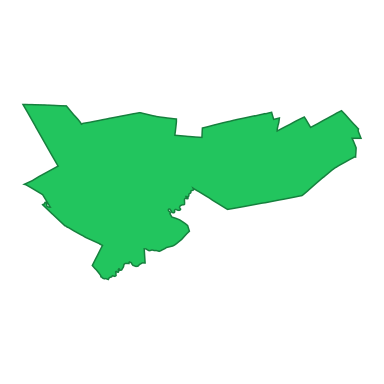 Deta, Timis, Romania
{"feature_id": "2599482B38114576431815", "entity_name": "Deta", "entity_type": "district", "adm_level": 2, "iso_a3": "ROU", "parent_name": "Romania", "parent_adm1": "Timis", "projection": "natural_earth1", "projection_center": [21.242, 45.402], "detail": "fine", "context": "isolated", "style": "filled", "palette": "green", "viewbox_px": 384, "rotation_deg": 0, "n_neighbors": 0, "source": "geoboundaries", "source_scale": "gbopen_adm2", "svg_char_len": 5964}
<svg xmlns="http://www.w3.org/2000/svg" viewBox="0 0 384 384"><path d="M301.9,195.6L303.3,194.6L307.7,190.9L308.6,190.0L309.4,189.3L311.9,187.1L317.0,182.6L318.9,181.0L321.1,179.1L322.6,177.7L322.7,177.8L323.2,177.3L323.6,177.2L324.7,176.2L330.9,171.0L332.6,169.6L333.1,169.3L334.8,168.0L336.2,167.2L336.3,167.2L337.5,166.4L339.3,165.3L343.5,163.0L345.0,162.2L349.9,159.4L352.8,157.9L354.4,157.0L355.6,157.1L355.6,156.2L355.9,152.1L356.1,148.1L356.1,147.8L355.8,147.0L354.8,144.6L353.6,141.6L352.1,138.3L357.3,138.3L361.0,138.3L359.7,135.0L358.6,132.2L358.3,131.4L358.2,131.2L358.2,130.8L358.2,130.4L358.2,129.7L358.3,129.3L358.5,129.0L357.3,127.8L355.9,126.2L353.6,123.9L350.5,120.5L347.5,117.1L345.3,114.6L341.5,110.7L338.3,112.3L336.8,113.0L335.0,114.1L333.1,115.2L329.9,116.9L327.4,118.3L323.4,120.4L319.9,122.4L317.8,123.6L316.1,124.5L312.7,126.3L311.4,127.0L310.6,127.4L307.2,121.7L306.0,119.6L304.3,117.0L300.9,118.6L296.0,121.0L293.8,122.2L290.1,124.3L285.9,126.4L281.1,128.9L277.2,131.0L277.2,129.2L277.8,126.4L278.0,125.3L278.2,124.7L278.4,124.1L278.8,122.4L279.4,118.0L275.8,118.9L273.7,119.4L272.5,115.5L271.6,112.3L271.3,112.4L269.0,112.9L266.0,113.7L264.3,113.7L263.4,114.0L260.7,114.6L255.7,115.8L254.8,116.0L254.7,115.8L252.2,116.3L251.8,116.4L244.9,117.9L242.0,118.5L237.0,119.5L235.0,120.0L233.5,120.3L232.1,120.7L229.0,121.5L228.5,121.5L226.4,122.0L223.3,122.7L218.6,123.9L216.2,124.5L214.5,124.9L207.5,126.8L204.6,127.5L202.4,128.0L202.2,131.5L202.1,133.9L202.0,135.9L201.9,137.4L196.3,137.1L190.5,136.6L187.3,136.4L185.8,136.2L181.1,135.8L177.8,135.5L174.9,135.3L175.0,133.6L175.3,131.8L176.2,123.9L176.4,121.8L176.4,119.0L174.3,118.8L171.0,118.4L167.3,118.0L164.7,117.6L160.4,117.1L156.3,116.5L155.4,116.2L152.7,115.7L146.9,114.3L142.2,113.2L140.8,112.8L139.5,112.7L134.7,113.6L134.2,113.6L131.7,114.1L126.2,115.2L122.9,115.8L119.7,116.4L118.4,116.7L117.2,116.9L116.2,117.1L113.0,117.7L111.3,118.0L109.6,118.3L109.4,118.3L107.9,118.7L105.5,119.2L103.1,119.6L100.8,120.1L97.9,120.7L94.6,121.3L92.6,121.7L89.8,122.3L88.4,122.5L82.9,123.4L81.4,124.2L80.8,123.1L80.4,122.5L79.5,121.3L77.9,119.3L76.2,117.4L74.8,115.9L73.9,115.0L70.3,110.7L68.1,108.0L67.0,106.7L66.6,106.2L66.3,105.9L61.9,105.8L59.3,105.7L55.6,105.5L54.1,105.4L51.2,105.3L50.0,105.2L46.3,105.1L45.9,105.1L45.7,105.0L40.9,104.9L37.1,104.8L33.1,104.7L32.2,104.6L30.5,104.6L29.3,104.6L29.1,104.6L28.7,104.6L28.4,104.6L26.0,104.5L24.3,104.5L23.0,104.5L23.8,105.9L27.3,111.9L35.8,126.9L35.8,127.1L36.7,128.6L42.1,138.1L48.1,148.7L51.0,153.8L58.1,166.1L45.5,173.0L39.2,176.4L34.3,179.4L32.4,180.6L24.3,184.3L26.0,184.8L30.9,187.6L42.6,194.6L43.1,195.4L49.0,205.1L50.3,207.2L49.6,207.2L48.7,207.1L47.8,206.8L47.4,206.6L47.1,206.4L46.9,206.0L46.7,205.6L46.7,205.4L46.7,205.1L46.7,204.6L46.7,204.1L46.6,203.5L46.3,202.8L45.9,202.4L45.2,202.3L44.9,202.6L44.8,203.0L44.8,203.3L44.6,203.7L44.3,203.9L43.9,204.1L43.6,204.2L42.9,204.5L42.6,204.7L51.2,212.9L51.7,213.5L52.3,213.9L57.8,219.1L64.9,225.8L65.3,225.8L65.9,226.1L67.0,227.0L67.5,227.3L68.1,227.4L68.4,227.5L72.3,229.9L74.3,231.1L81.4,235.0L82.7,235.6L84.9,237.0L85.6,237.4L100.2,244.0L100.1,244.3L102.5,245.4L99.4,251.5L97.5,255.3L95.6,258.9L92.3,265.5L93.3,266.6L94.8,268.4L96.3,269.8L100.1,274.6L100.8,275.8L100.9,276.8L101.5,277.0L102.0,277.4L102.4,277.9L103.4,278.5L104.6,278.8L105.1,278.6L105.6,278.6L106.1,278.7L108.3,279.5L109.2,277.8L109.9,277.4L111.6,276.9L112.2,276.1L112.4,275.7L114.3,276.3L114.9,276.3L115.9,275.7L116.1,275.3L115.9,274.5L115.9,274.0L116.0,273.2L115.8,272.5L115.7,271.8L115.8,271.6L116.2,271.4L116.7,271.6L117.1,271.9L117.6,272.2L118.3,272.2L118.7,271.3L118.7,270.8L118.3,269.9L118.3,269.6L118.5,269.2L118.9,268.7L119.1,268.7L119.6,269.7L120.0,270.3L121.6,270.0L121.9,269.5L123.5,266.8L123.7,265.8L123.9,264.7L124.0,264.4L124.3,264.1L124.7,263.8L125.5,263.4L129.0,263.5L129.0,263.1L129.0,262.5L129.2,262.2L129.5,261.9L131.4,262.8L131.6,263.6L132.9,265.3L133.2,265.5L133.9,265.6L135.4,266.3L136.4,266.4L137.3,266.3L138.2,266.0L139.5,264.5L142.0,263.1L142.6,262.8L144.2,263.0L145.1,263.0L144.2,248.8L144.5,248.8L145.1,248.8L146.1,249.0L146.6,249.3L147.2,249.7L147.9,250.1L148.5,250.4L149.1,250.7L150.4,250.5L151.3,250.2L151.8,250.0L152.2,250.0L154.1,250.5L155.0,250.6L155.9,250.5L156.6,250.6L157.4,250.8L158.3,251.1L159.4,251.3L161.6,250.3L161.9,250.1L162.2,249.8L162.7,249.7L163.0,249.5L164.9,248.6L166.5,247.5L172.7,246.0L173.9,245.4L174.9,244.8L176.7,243.5L178.7,241.8L181.7,239.4L184.7,236.0L185.9,234.7L186.7,233.8L189.4,231.2L187.6,225.5L186.2,224.4L185.7,223.9L183.8,222.6L179.9,220.0L180.0,220.0L175.8,218.3L172.3,217.2L171.8,217.0L170.9,215.4L169.9,213.7L170.4,213.1L169.9,212.0L169.2,211.4L168.8,211.2L168.5,210.7L168.3,210.1L168.3,209.8L168.6,209.3L168.8,209.1L169.3,209.0L169.8,209.1L170.1,209.3L170.8,210.4L171.4,211.3L171.7,212.1L172.4,212.6L173.6,212.8L174.4,212.5L174.7,211.6L174.5,210.8L174.5,210.4L174.6,210.1L175.0,209.7L175.4,209.5L175.7,209.4L176.4,209.6L177.2,210.0L178.1,210.3L179.4,210.3L180.3,209.8L180.6,209.1L179.9,208.2L179.6,207.6L179.5,207.3L179.6,206.9L180.0,206.2L180.4,205.7L180.8,205.5L181.4,205.2L182.0,205.0L182.5,204.8L183.4,204.8L184.3,204.5L184.6,204.0L184.5,203.2L184.6,202.5L184.5,202.0L184.5,200.8L184.4,200.5L184.5,200.1L184.5,199.7L184.5,199.1L184.7,198.8L185.1,198.5L185.6,198.4L186.0,198.3L187.0,198.8L187.9,198.6L188.0,197.9L187.0,197.3L186.3,197.0L185.9,196.8L185.8,196.6L185.9,196.4L186.4,196.5L187.2,196.7L188.2,196.7L188.7,196.2L188.9,195.1L188.8,194.5L188.9,194.2L189.1,193.9L190.1,193.3L190.6,192.9L190.9,192.3L190.9,191.3L191.0,190.9L191.3,190.7L191.8,190.5L192.9,190.3L193.7,189.6L193.4,188.8L193.1,188.2L197.1,190.7L198.5,191.4L206.5,196.3L209.1,197.8L210.1,198.5L211.9,199.8L212.8,200.4L215.9,202.3L217.6,203.3L222.1,206.1L224.4,207.5L225.3,208.1L226.5,208.8L227.5,209.4L231.8,208.7L243.6,206.6L262.2,203.1L265.5,202.7L271.5,201.5L279.1,200.0L283.7,199.2L295.4,196.9L298.7,196.2L301.9,195.6Z" fill="#22c55e" stroke="#15803d" stroke-width="1.5"/></svg>